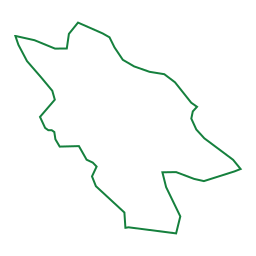 outline of Bar
{"feature_id": "MNE-1496", "entity_name": "Bar", "entity_type": "Municipality", "adm_level": 1, "iso_a3": "MNE", "parent_name": "Montenegro", "parent_adm1": "", "projection": "mercator", "projection_center": [19.125, 42.167], "detail": "fine", "context": "isolated", "style": "outline", "palette": "green", "viewbox_px": 256, "rotation_deg": 0, "n_neighbors": 0, "source": "natural_earth", "source_scale": "10m", "svg_char_len": 730}
<svg xmlns="http://www.w3.org/2000/svg" viewBox="0 0 256 256"><path d="M197.0,106.8L192.8,111.4L191.3,118.6L196.3,129.5L204.3,138.3L233.1,159.8L240.6,169.0L234.5,171.4L203.9,181.1L194.1,178.9L176.1,172.1L162.4,172.3L166.1,187.1L180.3,216.4L176.1,233.4L128.5,227.3L125.5,227.8L125.4,227.8L124.4,212.5L95.9,186.2L92.0,176.4L96.6,166.6L92.8,162.6L86.6,159.7L78.9,146.1L59.7,146.6L55.4,139.3L54.3,132.0L51.7,130.2L48.3,130.2L45.1,127.9L40.0,116.9L54.8,99.7L52.3,90.8L40.9,77.1L27.0,61.1L18.4,44.8L15.4,36.0L15.6,36.0L34.5,40.2L55.0,48.6L66.8,48.5L68.9,33.9L78.0,22.6L102.6,33.4L109.5,37.3L114.5,47.4L122.8,59.8L134.1,66.4L149.5,71.8L164.3,74.2L175.0,82.3L191.2,102.7L197.0,106.8Z" fill="none" stroke="#15803d" stroke-width="2"/></svg>